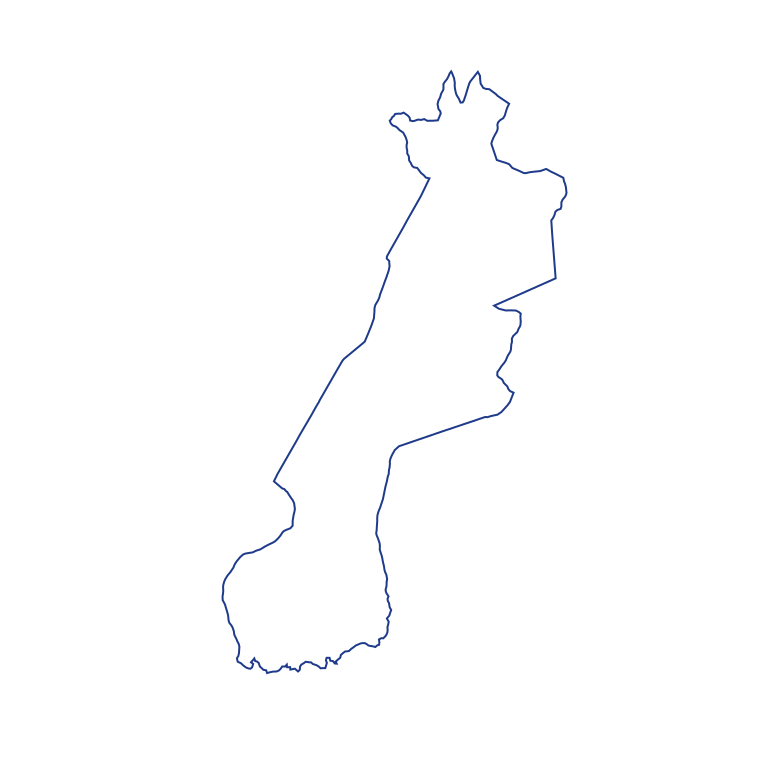 outline of Alto Boa Vista, Mato Grosso, Brazil, rotated 303°
{"feature_id": "56859067B16617747139369", "entity_name": "Alto Boa Vista", "entity_type": "district", "adm_level": 2, "iso_a3": "BRA", "parent_name": "Brazil", "parent_adm1": "Mato Grosso", "projection": "orthographic", "projection_center": [-51.775, -11.788], "detail": "fine", "context": "isolated", "style": "outline", "palette": "blue", "viewbox_px": 768, "rotation_deg": 303, "n_neighbors": 0, "source": "geoboundaries", "source_scale": "gbopen_adm2", "svg_char_len": 5161}
<svg xmlns="http://www.w3.org/2000/svg" viewBox="0 0 768 768"><g transform="rotate(303 384 384)"><path d="M654.6,422.1L653.7,413.4L653.0,408.1L652.7,402.9L647.7,399.1L643.6,394.0L641.1,391.0L638.1,388.1L637.1,386.5L636.3,380.9L635.1,374.0L636.5,369.3L636.0,366.5L634.2,360.1L633.3,356.6L644.0,343.1L646.3,342.4L649.8,341.7L653.5,341.3L656.3,341.2L658.2,340.9L660.0,340.3L661.7,339.2L663.1,337.9L665.3,337.2L668.3,337.6L671.8,339.2L674.9,339.1L680.6,337.4L683.2,336.8L687.2,336.3L687.5,322.5L688.1,319.7L688.3,316.3L688.6,311.8L686.9,308.5L686.4,306.0L688.5,301.5L692.0,298.6L694.7,296.7L696.9,292.7L684.6,291.6L682.1,291.9L678.2,293.0L670.6,295.2L665.2,296.6L663.0,296.6L661.7,294.9L664.0,291.5L665.7,287.8L667.3,285.7L670.4,282.6L672.7,280.8L675.2,279.3L678.5,276.3L681.7,271.9L682.7,270.1L680.3,269.9L677.2,270.5L674.0,270.8L670.4,270.4L667.9,270.5L665.2,272.3L663.2,273.5L661.4,273.6L658.7,273.8L655.0,274.9L650.9,275.4L647.9,276.5L644.3,279.9L643.4,282.5L641.9,284.2L634.5,285.6L631.5,281.7L628.3,276.9L628.1,273.5L625.7,271.3L624.2,268.4L621.5,266.4L620.2,265.1L619.2,262.4L621.3,260.5L622.1,257.7L622.3,252.7L619.9,251.0L618.6,248.9L616.6,246.3L614.1,246.3L612.3,245.6L609.8,245.8L608.0,245.4L606.3,247.7L605.6,250.4L606.3,253.7L606.1,256.0L605.4,258.6L605.3,263.1L603.0,267.4L601.1,269.9L599.2,271.9L596.7,272.8L594.2,274.5L592.6,276.2L589.9,278.0L588.5,280.8L585.2,283.3L584.0,286.0L582.2,288.9L582.0,291.1L583.3,294.2L582.0,297.8L581.2,299.9L580.7,304.0L579.9,306.6L581.2,310.1L561.7,312.6L533.1,314.3L527.1,314.8L517.4,315.4L498.9,316.5L492.5,317.0L490.7,318.0L490.0,321.3L485.7,324.6L481.5,326.2L474.8,327.9L471.5,328.6L466.5,329.8L464.4,330.3L461.8,330.9L457.1,331.9L453.6,333.1L450.5,333.5L445.4,333.7L442.5,334.7L439.4,336.6L433.5,339.8L426.1,341.6L417.9,343.2L409.0,344.8L383.4,336.8L381.3,336.5L378.1,336.6L372.0,336.9L335.6,338.9L333.3,339.2L327.4,339.4L319.1,340.0L295.4,341.1L288.6,341.6L250.6,343.7L242.4,344.7L241.0,355.6L241.6,357.7L240.9,359.6L240.7,361.9L239.5,364.2L237.7,368.4L236.7,371.0L235.0,373.6L230.7,377.3L228.0,378.5L225.5,379.3L219.7,381.8L215.5,384.5L212.1,384.1L208.3,381.4L206.3,380.2L204.4,379.7L200.5,379.7L197.0,379.3L193.0,378.4L190.5,377.2L186.3,374.6L182.5,372.5L178.0,370.4L175.5,368.3L174.0,367.2L171.4,365.7L166.5,360.3L164.5,358.8L160.8,357.7L154.9,357.0L151.6,357.0L147.9,357.7L142.3,357.6L138.7,357.1L136.7,357.1L133.7,357.2L131.3,357.6L128.4,358.5L126.6,359.3L122.7,362.0L120.6,363.1L117.9,364.3L114.9,366.4L112.5,370.7L110.6,372.9L107.2,376.9L105.1,379.2L100.8,382.7L99.4,384.5L98.5,387.3L97.5,389.3L94.9,392.7L92.2,395.0L89.6,399.3L88.1,401.5L86.9,403.7L84.9,405.8L79.2,409.0L76.4,410.0L73.9,410.0L71.4,412.6L71.9,416.0L71.3,419.3L71.1,422.7L71.6,425.2L72.5,427.1L74.6,427.7L78.0,426.7L78.2,424.0L81.2,424.5L83.2,424.7L81.5,426.9L82.1,428.7L81.8,430.8L79.4,433.9L79.2,435.8L78.6,438.5L79.7,441.1L77.9,443.4L80.3,445.5L82.2,447.4L84.5,450.6L86.3,451.8L88.5,452.4L91.7,452.5L93.1,454.9L95.7,455.3L93.7,457.0L95.4,459.5L93.5,461.0L96.7,464.3L96.1,468.5L98.4,469.0L101.3,467.5L103.6,467.5L106.0,468.7L108.4,469.6L109.7,472.5L110.8,474.5L110.4,476.7L111.4,480.5L111.5,483.4L111.0,485.6L112.3,487.3L113.7,489.5L116.6,488.7L119.1,487.9L120.6,485.8L123.1,485.0L124.7,487.5L122.7,489.6L123.8,492.2L122.8,494.9L123.7,496.6L124.9,494.7L128.0,495.5L130.6,496.4L133.2,495.4L135.9,496.1L138.4,497.0L140.9,500.0L144.1,500.8L146.6,501.8L149.6,502.9L151.9,504.5L153.7,505.7L155.0,507.1L156.3,509.2L156.4,511.4L156.2,513.3L156.9,515.3L157.9,517.4L158.7,520.0L161.0,520.6L162.6,521.9L165.0,520.7L167.0,518.9L169.4,520.2L170.3,521.9L173.6,522.6L175.7,522.5L177.6,522.1L179.7,521.0L182.0,519.3L184.6,518.5L187.2,517.4L188.9,514.1L192.6,514.6L195.0,513.9L198.4,513.1L199.8,510.4L203.1,507.4L204.0,505.5L205.7,504.0L208.4,503.4L209.8,500.2L210.9,498.6L212.5,497.3L215.6,496.3L217.9,495.0L219.6,493.9L221.9,493.0L225.2,490.0L226.8,487.5L228.5,485.5L231.0,483.4L234.2,480.0L237.2,477.2L238.9,475.4L240.7,473.1L242.8,470.6L245.9,468.8L248.1,467.0L249.9,464.7L251.4,462.8L253.0,460.4L254.5,458.8L257.9,457.2L260.6,455.6L265.2,453.1L267.4,451.6L270.3,450.0L272.8,449.2L275.5,448.5L278.2,448.1L279.9,447.6L283.8,446.6L286.9,445.8L298.5,441.2L303.1,439.7L309.0,437.4L310.8,437.1L315.0,434.8L316.9,434.2L320.4,432.4L321.9,431.2L324.7,430.1L328.7,429.4L334.5,429.0L340.0,430.5L376.1,458.8L411.4,486.8L412.6,488.9L414.8,490.7L416.4,492.2L418.0,493.8L420.1,495.9L424.4,497.7L432.9,499.1L437.6,499.4L442.9,498.3L447.3,497.4L446.7,493.6L447.5,491.1L449.2,488.6L449.8,485.6L450.2,483.8L451.3,482.2L452.2,480.3L452.2,476.2L452.9,474.3L455.8,472.6L458.3,472.8L462.9,472.8L467.4,473.3L470.1,473.3L473.8,472.6L475.6,472.4L480.1,472.3L482.2,471.6L486.5,469.2L489.2,468.3L491.7,466.5L494.8,466.2L500.1,467.5L503.5,466.8L506.0,466.7L507.8,466.3L510.9,464.6L514.8,461.7L517.5,460.3L517.8,458.0L517.5,454.7L515.0,450.5L512.0,446.1L509.7,439.4L509.7,433.7L516.1,437.9L566.1,470.4L601.2,443.5L612.3,435.2L615.2,435.4L618.3,435.0L622.1,433.9L624.5,434.7L627.0,436.7L629.2,436.2L630.9,435.2L633.0,433.8L636.1,433.4L639.5,433.8L641.8,433.6L643.8,432.9L648.3,429.2L650.6,426.7L652.2,424.4L654.6,422.1Z" fill="none" stroke="#1e3a8a" stroke-width="2"/></g></svg>